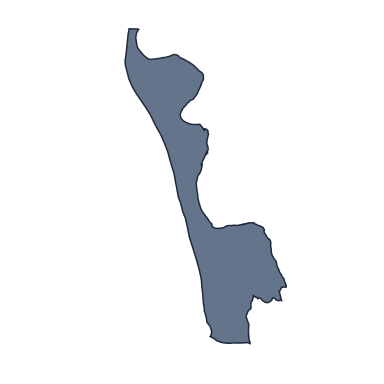 Imbaba, Al Jizah, Egypt, rotated 26°
{"feature_id": "37247803B76869719120733", "entity_name": "Imbaba", "entity_type": "district", "adm_level": 2, "iso_a3": "EGY", "parent_name": "Egypt", "parent_adm1": "Al Jizah", "projection": "natural_earth1", "projection_center": [30.99, 30.22], "detail": "fine", "context": "isolated", "style": "filled", "palette": "slate", "viewbox_px": 384, "rotation_deg": 26, "n_neighbors": 0, "source": "geoboundaries", "source_scale": "gbopen_adm2", "svg_char_len": 6011}
<svg xmlns="http://www.w3.org/2000/svg" viewBox="0 0 384 384"><g transform="rotate(26 192 192)"><path d="M318.3,236.1L318.1,235.6L317.8,235.4L317.6,235.2L317.4,234.5L317.1,234.0L316.8,233.7L316.5,233.5L315.9,233.3L313.9,231.2L312.4,229.4L311.4,229.2L310.5,228.8L310.0,228.4L309.6,228.1L309.1,227.7L308.7,227.1L307.9,226.8L307.1,226.4L305.8,225.6L305.0,224.7L304.1,223.8L303.1,223.0L301.9,222.2L301.0,221.3L299.9,220.0L299.2,219.0L298.6,218.1L298.1,217.5L297.7,217.3L297.3,217.1L296.2,216.7L295.2,216.1L293.5,214.9L292.8,214.5L292.1,214.2L292.0,213.8L291.8,213.6L291.5,213.4L291.2,213.3L289.8,211.4L289.0,210.1L288.6,209.3L288.2,208.6L286.9,206.9L286.5,206.2L286.0,205.4L285.6,204.5L285.3,203.5L285.0,203.0L284.6,202.3L284.0,201.7L283.6,201.3L283.2,201.0L282.7,200.7L282.2,200.5L281.8,200.4L281.6,200.6L281.3,200.7L280.8,200.6L279.2,199.6L277.4,198.4L275.0,196.9L274.4,196.4L273.9,195.8L273.8,195.2L273.8,194.4L273.6,194.3L273.4,194.0L273.1,193.7L272.7,193.6L272.3,193.6L272.0,193.5L271.7,193.1L271.6,192.8L270.8,192.7L270.1,192.7L269.4,192.7L268.8,192.8L268.3,192.7L267.8,192.6L267.3,192.7L266.9,192.9L266.3,193.1L265.5,193.1L264.6,192.9L264.1,192.9L263.5,193.0L262.9,193.2L262.7,193.2L262.2,193.1L262.0,192.9L261.9,192.6L261.2,192.7L260.5,192.9L259.8,193.2L259.4,193.6L258.9,193.8L257.9,194.1L257.2,194.4L256.6,194.8L256.1,195.1L255.1,196.2L254.0,197.1L253.1,197.7L252.1,198.3L252.1,198.5L252.9,198.5L253.0,198.6L252.9,198.7L252.7,198.7L252.2,198.8L251.7,199.0L251.3,199.2L250.8,199.5L249.4,200.7L247.4,202.2L245.9,202.8L244.6,203.4L243.3,204.1L242.1,204.9L240.5,205.6L239.6,206.2L238.4,207.0L238.1,207.3L237.5,208.0L237.0,208.6L236.5,209.4L236.1,210.2L234.7,211.2L233.0,212.4L231.3,213.3L229.6,214.1L228.5,214.4L227.7,214.4L226.9,214.4L226.2,214.2L225.3,213.9L224.9,213.6L224.5,213.2L224.2,212.7L224.0,212.1L222.7,211.7L221.3,211.2L220.2,210.6L218.6,209.6L217.1,208.7L215.6,208.0L214.1,207.4L208.4,204.1L207.4,203.1L206.5,202.3L205.4,201.1L203.6,199.3L202.4,197.9L201.4,196.5L200.8,196.0L200.2,195.3L199.8,194.6L199.3,193.7L198.6,192.5L198.1,191.5L196.9,190.1L196.1,188.9L195.5,187.9L193.0,184.0L192.3,182.8L191.7,181.5L191.6,180.9L191.3,180.4L191.3,179.7L191.1,179.0L190.9,177.7L190.7,177.1L190.4,176.2L190.3,175.8L190.3,175.0L190.3,174.1L190.5,173.4L190.5,172.7L190.7,172.1L190.8,171.4L190.7,170.9L190.7,170.3L190.7,169.6L190.7,169.0L190.5,167.6L190.3,167.0L190.1,166.6L189.9,165.3L189.6,164.0L189.0,162.8L188.5,161.9L188.5,163.5L188.4,163.6L188.2,163.5L188.1,160.3L188.0,160.1L187.8,159.8L188.0,158.4L188.0,157.2L188.0,156.0L187.9,154.5L187.9,154.1L188.0,153.6L188.0,153.0L188.1,152.6L188.3,152.3L188.4,151.6L188.6,151.0L189.0,150.2L188.7,149.9L188.4,149.4L188.3,148.9L188.4,148.4L188.2,148.7L188.2,149.1L187.9,149.2L188.0,150.2L187.9,151.2L187.7,151.2L187.5,150.8L187.6,150.5L187.7,149.9L187.6,149.0L187.9,148.8L187.9,147.6L187.9,146.6L187.0,145.3L186.4,144.3L186.1,144.2L185.9,144.1L185.7,143.9L185.7,143.6L184.8,142.9L184.5,142.6L184.1,142.0L183.9,141.3L183.7,141.4L183.4,141.3L183.2,141.1L183.2,139.9L182.8,138.8L182.6,137.6L182.3,136.6L181.7,134.1L181.5,132.8L180.9,132.3L180.4,131.7L180.0,131.0L179.8,130.2L179.0,129.7L178.1,129.4L177.1,129.3L176.0,129.5L175.7,129.6L175.4,129.8L175.1,129.9L174.9,130.1L175.4,130.3L175.7,130.4L176.0,130.7L176.3,130.9L176.2,131.1L175.9,131.2L174.2,130.1L173.2,129.5L172.5,129.1L171.2,128.5L170.8,128.5L170.3,128.4L170.2,128.2L169.9,127.9L169.7,127.9L169.4,127.8L168.7,128.1L167.9,128.4L167.2,128.9L166.5,129.5L162.0,131.4L160.2,131.7L158.4,131.9L156.7,132.1L155.0,132.0L153.7,131.9L152.5,131.6L151.3,131.2L150.0,130.6L149.2,129.9L148.5,129.2L148.0,128.4L147.5,127.5L147.3,126.9L147.2,126.6L147.1,125.3L147.1,123.9L147.3,122.9L147.2,122.3L147.1,121.8L147.1,121.3L147.2,120.6L148.0,118.0L148.8,115.6L148.7,115.3L148.6,115.0L148.6,114.7L148.7,114.4L148.9,113.9L149.2,113.6L149.6,112.9L150.0,111.6L150.3,110.2L151.0,109.7L151.7,109.0L152.2,108.3L152.5,107.5L153.0,105.1L153.4,102.6L153.6,102.0L153.7,101.3L153.6,100.4L153.5,99.6L153.3,92.5L153.1,91.4L153.0,90.5L153.0,89.8L152.9,89.1L152.8,88.3L152.8,87.3L153.0,86.3L152.2,84.3L151.2,82.3L150.5,81.6L149.6,80.9L149.1,80.6L148.4,80.4L146.3,80.1L144.5,79.8L143.4,79.3L142.6,79.0L141.6,78.7L140.6,78.5L139.6,78.0L138.7,77.7L137.8,77.5L136.6,77.2L132.5,76.7L130.8,76.6L128.9,76.5L127.0,76.3L125.3,76.3L124.3,76.3L123.1,76.5L122.6,76.5L122.0,76.4L121.5,76.2L121.1,76.0L120.5,75.6L119.0,75.5L117.3,75.7L115.8,76.1L114.8,77.1L113.9,78.0L113.1,78.9L112.1,80.2L111.2,80.8L110.5,81.4L109.2,82.6L108.3,83.1L107.4,83.6L106.9,84.1L106.2,84.7L105.3,85.2L103.7,86.5L102.8,87.0L100.3,88.8L97.8,90.3L95.0,91.6L92.8,91.3L88.5,90.3L82.0,87.4L79.1,85.5L75.6,80.6L74.7,79.3L73.7,77.6L72.7,74.5L72.6,73.7L72.5,72.3L72.5,71.4L72.6,70.4L72.8,69.2L72.0,69.2L63.9,72.9L65.6,78.7L72.2,96.6L74.2,103.0L76.1,106.7L82.1,113.7L85.7,118.0L92.1,123.5L98.7,127.9L108.3,133.4L115.7,137.7L121.2,141.2L128.1,146.7L132.5,149.9L139.6,154.8L142.2,157.2L145.6,160.0L152.9,166.8L156.0,170.3L156.7,171.3L162.7,177.9L167.9,183.4L172.9,190.4L176.2,194.7L181.9,202.5L186.6,206.9L192.4,213.8L197.6,218.5L203.1,225.4L209.4,233.7L214.0,238.5L224.6,249.7L230.4,256.2L233.7,260.1L238.8,266.6L242.4,272.8L246.8,279.7L250.8,286.7L254.4,291.7L255.2,293.6L256.2,294.4L259.9,298.6L262.4,302.5L267.2,304.8L270.8,308.6L271.9,311.7L271.7,314.0L275.5,314.0L279.2,314.8L283.6,314.4L286.5,313.7L290.5,312.2L293.0,311.0L295.2,309.5L298.1,308.3L304.0,305.3L307.2,303.4L308.3,302.9L310.5,302.9L310.1,301.6L308.0,299.7L304.0,292.9L301.1,286.1L297.4,282.5L295.1,280.0L294.9,279.1L294.9,276.4L294.5,275.2L294.9,273.3L295.6,272.1L296.0,270.6L294.9,268.7L293.8,266.4L293.5,265.2L293.8,262.9L293.5,261.4L293.1,259.4L292.6,258.2L295.3,258.7L296.4,258.3L298.1,259.1L298.6,257.9L300.4,257.5L302.9,258.7L306.6,259.1L309.1,257.9L310.2,256.0L311.0,254.5L311.0,252.9L311.1,251.6L311.3,251.4L312.8,251.4L315.0,252.2L317.5,251.8L319.0,250.3L320.1,250.3L313.9,243.0L314.3,242.9L314.3,238.7L315.4,237.6L316.8,236.8L317.7,236.6L318.3,236.1Z" fill="#64748b" stroke="#1e293b" stroke-width="1.5"/></g></svg>